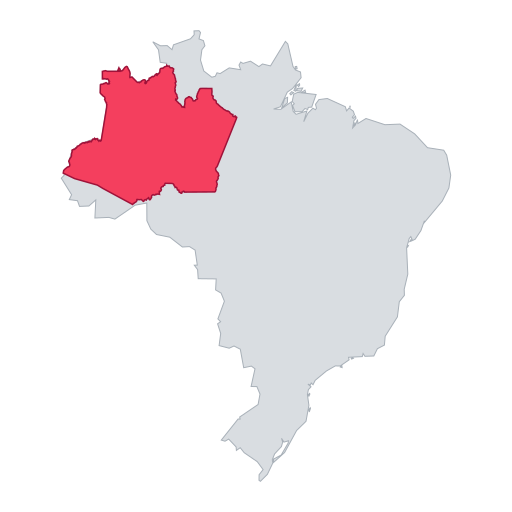 Amazonas highlighted on a map of Brazil
{"feature_id": "BRA-592", "entity_name": "Amazonas", "entity_type": "State", "adm_level": 1, "iso_a3": "BRA", "parent_name": "Brazil", "parent_adm1": "", "projection": "natural_earth1", "projection_center": [-64.603, -3.801], "detail": "fine", "context": "in_parent", "style": "filled", "palette": "rose", "viewbox_px": 512, "rotation_deg": 0, "n_neighbors": 0, "source": "natural_earth", "source_scale": "10m", "svg_char_len": 9332}
<svg xmlns="http://www.w3.org/2000/svg" viewBox="0 0 512 512"><path d="M132.0,77.0L137.3,82.2L143.9,79.8L146.0,83.1L149.7,78.3L158.6,73.5L160.6,68.8L166.3,66.2L166.7,63.3L160.2,62.3L158.5,49.8L152.8,41.8L160.5,45.8L167.2,45.6L172.0,49.7L173.5,44.8L190.5,38.8L194.2,34.7L194.0,30.9L199.0,30.7L200.5,32.5L199.0,38.9L203.4,40.6L204.9,45.8L201.9,49.7L200.5,60.1L203.8,71.0L211.8,77.2L215.3,76.3L217.0,72.8L220.1,73.6L229.2,67.9L240.7,69.7L239.0,65.1L240.7,62.0L243.0,63.4L250.5,61.2L258.9,66.6L262.5,64.0L270.5,65.9L285.4,41.4L287.8,43.9L293.0,66.5L295.5,70.0L300.5,72.0L301.1,77.7L292.6,88.5L287.3,92.1L280.4,106.8L273.6,109.0L280.7,109.4L291.2,101.9L293.2,111.4L296.1,114.3L306.9,111.0L303.7,121.7L307.9,113.2L312.9,108.2L315.4,109.7L316.5,108.2L315.5,104.3L318.9,99.6L327.3,98.5L345.3,106.7L346.6,110.9L349.1,108.0L353.3,111.2L354.5,114.7L352.3,117.2L353.2,118.4L355.5,116.1L356.0,118.3L353.9,120.7L352.6,128.0L355.4,125.0L357.5,119.6L357.9,123.5L366.0,118.5L384.9,124.7L400.0,124.1L414.7,133.9L427.5,147.7L443.7,150.2L446.7,155.2L450.7,175.1L448.9,188.0L442.3,201.0L424.4,222.5L424.4,220.8L420.9,230.6L415.2,239.2L412.6,240.5L410.8,236.6L409.2,238.5L406.6,247.8L407.8,274.1L404.2,289.3L404.4,295.3L399.3,301.7L397.4,316.9L385.2,336.2L384.4,345.1L377.4,348.7L373.8,356.0L364.9,356.3L363.1,353.5L362.3,356.6L348.5,357.3L349.1,359.8L340.2,366.0L335.3,365.9L326.4,371.0L315.2,380.3L313.0,384.7L311.2,383.0L310.4,385.0L307.9,384.1L311.0,386.8L308.4,389.6L307.4,394.6L308.9,405.3L306.0,421.3L296.6,430.5L284.6,452.5L273.6,462.4L273.5,459.1L281.2,455.0L288.2,443.0L288.4,440.8L284.0,442.1L281.5,438.3L282.7,442.1L281.4,446.6L274.6,453.9L272.3,459.7L272.8,463.0L267.4,474.3L260.4,481.3L259.0,480.3L259.1,474.7L263.1,469.6L257.3,461.7L244.2,452.7L240.2,447.7L236.4,450.4L236.1,446.9L228.7,439.1L225.0,441.2L221.3,440.1L238.1,419.0L240.1,419.1L239.7,417.0L258.1,404.5L260.0,394.1L256.9,386.6L251.1,386.5L255.0,368.8L251.4,366.1L243.7,367.7L240.3,349.2L234.0,346.0L229.2,348.2L219.1,345.6L220.7,333.5L217.6,323.8L220.6,321.7L217.9,318.9L224.4,301.2L221.1,293.1L215.6,289.9L216.2,278.9L198.2,278.7L197.6,269.6L194.3,265.2L197.3,265.1L195.1,250.1L189.5,246.6L182.4,247.0L169.8,237.2L156.5,234.5L150.8,229.1L146.9,220.7L146.8,203.0L135.1,205.2L114.9,219.1L108.9,217.4L94.9,218.0L95.8,199.9L88.9,206.0L79.5,206.4L77.5,200.7L69.3,199.6L71.6,194.7L61.3,178.2L64.1,175.3L63.7,170.7L69.8,165.6L68.8,161.4L72.3,150.1L82.6,143.0L93.0,139.2L101.2,140.6L106.9,104.9L104.6,97.0L100.2,92.7L100.4,84.4L109.3,83.5L107.8,79.0L102.4,78.9L102.4,71.4L119.1,71.3L118.9,68.2L121.5,70.9L126.8,66.7L129.6,71.5L130.0,77.4L132.0,77.0ZM297.6,92.4L316.1,94.5L311.7,107.1L308.3,107.4L307.7,109.5L305.0,108.5L302.0,111.7L295.0,111.7L292.5,105.4L294.3,103.8L292.2,101.5L293.7,94.2L297.6,92.4ZM281.8,107.6L284.7,98.6L287.6,97.3L287.4,102.9L281.8,107.6ZM302.7,88.0L300.9,91.4L296.7,90.6L297.4,88.4L302.7,88.0ZM296.4,84.3L295.7,91.2L293.9,90.5L296.4,84.3ZM305.6,92.4L303.0,92.7L301.8,92.2L305.0,90.1L305.6,92.4ZM293.6,92.6L290.9,94.9L289.8,93.7L291.7,91.7L293.6,92.6ZM298.6,86.6L297.3,85.1L299.5,83.7L299.7,85.1L298.6,86.6ZM297.1,68.7L295.5,69.1L295.2,66.6L296.7,66.4L297.1,68.7ZM309.3,412.0L308.9,409.7L310.2,407.7L310.5,408.3L309.3,412.0ZM341.8,365.1L342.1,367.6L340.3,367.0L341.8,365.1ZM308.9,396.1L308.2,394.8L309.5,393.4L309.9,394.0L308.9,396.1ZM355.0,123.5L353.8,126.1L355.0,122.4L355.0,123.5ZM411.6,240.9L409.7,241.6L411.0,239.6L411.6,240.9ZM353.4,358.3L351.6,359.1L351.2,358.7L352.4,357.5L353.4,358.3ZM408.4,245.6L407.7,247.0L407.3,246.1L408.4,245.6ZM350.1,105.7L350.2,107.1L349.7,106.9L350.1,105.7Z" fill="#d9dde1" stroke="#a8b0b8" stroke-width="1"/><path d="M126.4,66.4L127.2,66.7L127.4,67.0L128.2,68.8L129.2,70.5L129.6,71.4L130.1,73.3L129.8,76.6L129.9,77.5L132.0,77.0L136.7,81.8L137.3,82.3L137.9,82.5L138.7,82.3L139.4,82.7L140.0,82.1L141.0,81.8L141.8,80.8L143.3,79.9L144.8,79.8L145.4,80.4L145.5,80.9L145.4,81.7L144.9,82.6L144.9,83.1L145.3,83.6L145.8,83.5L146.2,83.1L146.6,82.5L146.7,81.7L147.5,80.6L148.7,80.4L148.9,80.1L149.1,78.6L149.3,78.1L150.5,78.0L150.5,77.7L151.0,77.3L151.7,77.0L152.3,76.4L153.0,76.7L153.4,76.7L154.7,75.7L155.2,74.7L156.6,73.7L157.0,73.8L156.7,75.0L156.8,75.3L157.0,75.4L157.7,74.4L159.4,72.9L159.7,72.4L159.9,71.7L159.9,71.0L160.1,69.3L160.3,68.9L160.7,68.5L161.5,68.3L162.8,68.3L164.5,66.9L165.0,66.6L165.5,66.6L166.5,66.3L166.8,65.3L167.3,65.9L167.7,66.2L169.2,66.0L169.3,66.2L169.4,66.7L170.3,67.7L170.7,67.8L172.1,67.8L173.6,68.8L173.7,69.2L173.3,70.1L173.5,71.2L173.1,71.6L172.7,72.6L173.4,73.8L174.5,75.0L174.5,75.4L175.1,77.9L175.5,78.9L175.5,80.0L176.1,81.6L176.1,81.8L176.0,82.1L175.3,82.6L175.2,82.9L175.8,85.1L175.7,85.7L175.3,86.3L175.3,87.4L174.9,88.2L174.9,89.1L175.3,90.0L175.2,90.6L174.8,90.9L174.8,91.2L175.4,92.3L175.8,93.7L176.4,94.1L176.8,94.7L176.9,95.3L176.9,96.3L177.4,97.1L177.6,98.1L177.5,98.5L176.7,99.4L175.7,99.1L175.6,100.1L176.3,100.5L177.4,101.9L178.2,102.4L178.6,103.2L179.2,103.4L180.3,104.3L180.8,105.1L181.2,105.4L181.9,107.0L182.3,107.1L183.0,106.7L183.4,107.2L184.6,107.4L184.4,105.9L184.8,104.2L184.8,103.6L185.0,103.0L184.8,101.6L185.2,99.5L185.9,98.5L186.7,98.0L188.0,97.5L188.4,96.8L189.4,96.7L189.9,97.2L191.2,97.5L191.4,98.0L192.5,99.1L192.9,100.2L193.0,100.7L193.2,100.9L194.1,101.0L194.5,100.7L195.3,100.7L195.8,99.7L197.3,99.1L197.5,98.8L197.4,98.4L196.7,97.3L196.7,96.4L197.3,94.6L197.4,93.7L198.0,92.8L198.3,91.7L198.8,91.0L199.2,90.2L199.2,89.7L199.8,89.2L200.0,88.6L200.3,88.5L202.8,88.4L211.8,88.5L212.0,92.0L211.8,93.1L211.9,95.1L212.2,95.5L212.9,95.9L213.2,96.2L212.9,97.9L213.1,98.6L214.2,99.9L214.9,99.9L216.0,100.8L216.3,102.1L216.3,102.8L216.5,103.2L217.4,104.0L218.0,104.2L218.6,105.1L219.2,105.4L219.6,106.0L220.6,106.6L221.4,107.5L222.3,107.8L222.9,108.6L223.4,108.9L223.7,109.3L224.8,109.8L226.3,110.8L227.0,111.0L227.8,110.9L228.0,111.4L228.6,111.4L229.5,112.0L229.9,112.8L230.5,113.5L231.2,113.9L232.0,114.5L232.8,114.5L232.9,114.9L232.7,115.9L233.0,116.2L234.0,116.7L234.6,116.2L235.4,116.0L235.5,116.2L235.5,116.9L235.6,117.1L236.4,117.3L237.2,116.8L236.3,117.6L236.5,118.0L236.4,118.6L217.4,165.9L216.9,166.8L216.0,167.7L215.7,168.3L215.6,169.3L216.1,170.7L216.4,171.2L218.1,173.0L218.4,173.7L218.6,175.2L218.9,175.7L218.1,176.7L218.0,177.5L218.2,178.3L218.0,178.9L217.3,180.2L216.7,180.7L216.5,181.2L216.5,181.9L217.0,183.3L217.2,184.5L216.8,185.6L216.9,186.1L216.3,187.6L215.9,188.0L216.0,189.6L215.4,191.4L214.8,191.9L184.4,192.1L184.3,191.5L183.3,191.2L182.7,191.8L182.1,191.9L181.8,193.1L181.3,193.3L180.9,193.2L180.3,192.5L179.3,192.3L178.8,190.7L178.8,190.2L177.5,190.0L176.7,187.6L176.0,187.3L175.1,187.5L175.0,186.6L174.2,185.8L173.9,185.2L173.9,184.7L173.1,183.8L172.3,183.5L171.5,183.4L165.2,183.3L164.7,184.2L164.8,185.1L163.3,185.6L163.2,185.8L163.2,186.5L161.6,186.9L160.8,188.2L160.8,188.7L161.3,189.1L161.4,189.6L161.2,190.3L160.6,191.2L159.9,191.5L159.5,191.2L159.3,191.3L159.3,192.3L159.4,192.7L159.3,193.3L159.5,194.3L158.9,194.1L158.5,194.2L158.0,194.1L156.9,194.1L156.5,194.5L155.8,194.3L155.0,195.0L154.7,195.1L153.7,195.0L153.2,194.6L152.9,194.7L152.0,195.3L151.5,196.1L151.6,197.4L151.1,198.0L151.0,198.5L150.1,199.7L149.7,199.8L149.2,199.5L149.0,199.1L149.0,198.5L148.6,197.7L146.6,199.3L146.3,200.1L145.9,200.0L145.5,199.6L145.1,199.6L144.3,200.1L144.0,201.0L143.3,201.4L141.3,199.5L139.3,199.7L137.0,199.4L136.8,199.6L136.9,200.7L135.9,202.0L134.9,202.5L133.9,203.4L133.4,203.4L133.1,204.0L132.6,204.5L103.0,188.5L97.4,185.1L74.6,178.6L63.2,173.1L63.7,170.5L64.2,170.0L64.4,169.6L67.5,167.0L68.4,166.9L69.2,166.5L69.7,165.7L69.9,164.7L69.6,163.9L69.4,162.6L68.8,161.6L68.8,161.1L69.8,158.8L71.1,156.9L71.4,156.2L71.5,155.1L71.4,154.1L71.9,152.3L72.2,151.8L72.0,150.2L72.5,150.0L72.6,149.8L73.4,149.6L73.6,149.3L74.7,149.4L75.0,148.8L75.6,148.2L76.2,148.1L76.3,147.6L76.9,147.3L77.2,146.3L77.6,146.2L77.8,146.0L78.6,145.9L80.0,144.8L80.4,144.1L80.7,144.2L81.3,143.9L82.0,143.1L83.0,143.0L83.2,142.7L83.6,142.9L84.1,142.7L84.4,143.0L84.9,142.7L84.9,142.9L85.3,142.7L85.8,142.8L86.0,142.3L86.3,142.2L87.2,142.2L87.4,142.5L87.7,142.2L87.9,142.2L88.0,141.7L88.4,141.5L88.6,141.6L88.9,141.9L89.3,141.4L89.5,141.7L89.7,141.8L90.2,141.4L90.7,141.6L91.0,141.2L91.3,141.6L92.0,140.6L92.3,140.1L92.6,139.9L92.5,139.5L92.7,139.2L93.3,139.0L94.0,139.2L94.5,138.5L94.7,139.1L95.1,139.4L95.3,138.9L95.5,138.8L95.8,139.3L96.7,138.7L97.4,139.1L97.5,138.8L97.9,139.1L97.8,140.0L98.4,140.6L98.7,140.7L98.9,141.1L99.6,140.2L100.0,140.2L100.2,140.8L100.6,141.1L101.2,140.5L106.6,107.5L106.7,105.4L106.9,104.7L106.4,103.7L106.5,102.7L105.6,101.8L105.5,101.3L105.2,100.9L105.2,100.5L104.6,99.5L105.1,98.5L104.9,98.1L104.7,97.1L104.4,96.8L103.4,96.3L102.6,95.5L102.3,95.0L101.6,94.7L100.2,92.9L100.4,84.3L100.5,84.5L100.9,84.3L102.9,84.1L104.0,83.4L104.7,83.6L105.0,83.1L106.1,82.6L106.5,82.8L107.3,83.7L107.9,83.5L107.9,84.0L108.6,84.0L108.9,83.7L109.3,83.8L109.5,83.6L109.4,83.1L109.0,82.7L109.2,82.4L109.1,81.4L109.4,81.2L108.8,80.6L108.8,80.2L108.0,79.1L107.3,78.8L106.7,79.2L106.1,78.9L105.5,78.9L104.7,78.7L103.7,78.9L103.6,78.6L103.3,78.5L102.6,78.9L102.4,78.9L102.4,71.4L102.8,71.4L103.6,71.0L104.4,71.0L105.1,70.7L105.5,70.7L107.4,71.3L119.2,71.3L119.0,71.1L118.9,70.8L118.5,70.7L118.4,70.1L118.0,70.0L118.9,67.9L119.1,68.4L119.7,68.7L120.5,70.6L120.9,70.9L121.5,71.0L122.6,70.5L124.9,67.4L126.4,66.4Z" fill="#f43f5e" stroke="#9f1239" stroke-width="1.5"/></svg>